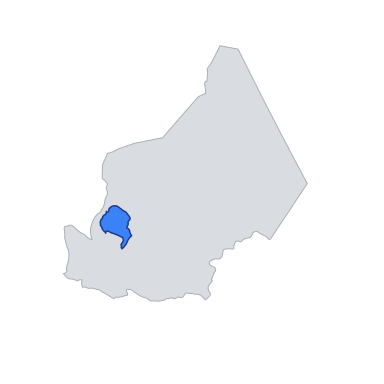 Baguirmi, Chari-Baguirmi, Chad shown in context, rotated 36°
{"feature_id": "50815135B83477967363059", "entity_name": "Baguirmi", "entity_type": "district", "adm_level": 2, "iso_a3": "TCD", "parent_name": "Chad", "parent_adm1": "Chari-Baguirmi", "projection": "orthographic", "projection_center": [16.269, 11.464], "detail": "fine", "context": "in_parent", "style": "filled", "palette": "blue", "viewbox_px": 384, "rotation_deg": 36, "n_neighbors": 0, "source": "geoboundaries", "source_scale": "gbopen_adm2", "svg_char_len": 4946}
<svg xmlns="http://www.w3.org/2000/svg" viewBox="0 0 384 384"><g transform="rotate(36 192 192)"><path d="M280.3,117.4L280.6,125.4L281.0,133.3L281.3,141.3L281.7,149.2L282.0,157.2L282.3,165.2L282.6,173.2L283.0,181.1L283.1,183.8L282.9,184.8L282.8,185.0L282.5,185.2L278.4,184.5L276.6,184.6L274.1,185.2L270.4,185.6L268.0,185.6L266.4,187.0L265.2,188.7L265.9,192.6L265.8,193.9L265.4,195.3L264.3,196.5L263.2,197.5L262.5,198.3L261.8,200.1L261.2,201.0L261.2,202.1L261.1,203.3L260.4,203.9L258.7,204.4L257.6,205.0L256.7,205.9L256.2,206.5L256.5,207.3L257.0,208.4L257.3,210.2L257.5,211.3L258.3,212.1L258.9,212.7L259.1,213.4L258.6,214.0L256.5,215.4L255.7,215.9L254.7,216.6L254.4,216.8L252.9,218.1L252.1,219.2L251.7,220.1L251.8,221.3L252.6,223.2L253.5,224.7L253.9,225.9L254.1,227.2L254.1,228.5L253.6,229.6L252.9,230.6L250.0,232.4L248.6,234.5L247.5,237.0L247.3,238.3L247.6,239.2L248.2,239.9L249.1,240.3L250.4,240.4L252.5,239.9L254.4,239.6L256.5,240.4L257.6,242.5L257.3,244.0L258.1,246.7L258.9,249.9L258.8,251.0L259.2,251.5L260.5,251.6L260.8,252.4L260.5,258.2L261.1,259.8L262.0,260.9L263.0,261.5L264.0,262.2L264.6,262.7L265.7,262.8L267.0,263.9L267.4,265.2L267.3,266.6L266.7,269.5L266.1,271.5L265.3,271.4L263.8,271.0L261.9,270.6L259.6,270.3L257.5,271.1L255.2,272.2L254.4,273.0L253.8,273.5L252.7,273.4L251.8,273.6L251.3,274.3L250.4,275.1L247.1,276.9L246.4,277.5L246.0,278.1L246.0,278.8L246.3,280.2L246.4,281.9L245.6,283.3L244.8,284.2L243.8,284.6L242.9,284.8L242.4,285.4L240.7,288.5L239.9,289.1L238.3,289.1L233.9,293.8L233.5,295.2L231.9,297.2L229.8,299.4L228.0,300.5L227.8,300.9L227.3,301.3L226.2,301.8L222.2,304.5L217.5,304.5L215.4,305.6L213.3,306.1L210.3,306.6L209.4,306.6L205.6,306.8L201.1,306.8L199.3,307.2L197.7,308.2L196.5,309.1L196.4,309.4L196.5,309.8L196.5,310.1L199.7,312.2L200.5,313.3L199.7,314.3L199.3,314.5L198.7,315.3L196.9,317.8L194.1,320.7L192.7,321.6L192.1,322.1L191.4,324.0L190.9,324.3L188.9,324.6L185.1,324.8L179.8,325.5L176.6,325.7L174.6,325.5L171.8,326.9L170.8,327.2L170.2,327.3L167.4,328.6L165.2,330.6L164.3,331.0L161.1,331.8L159.8,333.2L159.2,333.3L157.1,331.5L155.7,329.9L155.0,328.2L155.0,327.7L154.6,327.8L153.4,328.5L152.4,329.4L152.0,331.0L148.6,332.0L145.8,333.0L144.5,334.1L142.5,334.7L139.9,334.5L137.9,334.0L136.0,333.8L136.9,332.4L137.3,331.3L137.4,330.0L137.2,329.1L136.1,328.6L135.3,327.9L133.7,323.8L132.0,319.5L129.5,315.2L126.9,312.5L125.0,310.9L124.4,310.7L123.4,310.2L122.8,309.7L119.3,306.8L115.7,303.6L114.8,302.1L113.0,299.9L111.0,297.6L109.9,296.6L109.4,294.8L110.9,293.1L112.3,291.0L114.2,289.6L116.6,289.5L120.5,290.1L124.7,290.4L128.8,289.9L129.9,289.6L131.0,289.7L133.2,290.2L137.1,290.1L139.2,289.2L137.0,287.8L134.7,285.5L132.5,282.9L131.2,280.6L130.0,277.7L128.8,274.0L128.2,269.3L128.3,266.6L128.7,264.7L129.8,261.6L129.1,259.8L129.2,258.3L129.1,256.2L128.8,255.1L127.3,251.4L127.0,251.0L125.7,248.5L125.1,244.4L123.6,241.6L121.2,240.2L119.8,238.6L119.3,235.7L118.4,235.0L114.6,234.0L111.4,233.9L109.2,230.7L106.3,226.5L103.6,222.6L101.9,214.9L100.9,210.4L102.1,209.1L104.4,206.0L107.3,200.0L113.8,190.7L117.2,186.0L123.8,178.9L131.8,170.2L136.4,165.4L137.1,156.4L137.9,147.0L138.5,139.8L139.3,131.4L139.9,124.3L140.4,119.2L141.0,111.9L141.5,110.5L144.6,104.8L144.9,104.1L144.3,103.1L139.9,98.3L138.6,97.2L137.8,94.7L138.9,93.3L133.7,85.2L132.4,84.2L131.9,83.2L131.8,81.7L131.8,76.1L130.4,67.4L128.7,57.2L134.8,54.3L139.4,52.1L145.3,49.3L150.8,52.2L158.7,56.3L166.7,60.5L174.6,64.6L182.7,68.7L190.7,72.9L198.7,77.0L206.8,81.1L214.9,85.1L223.0,89.2L231.1,93.3L239.3,97.3L247.5,101.4L255.6,105.4L263.8,109.4L272.1,113.4L280.3,117.4Z" fill="#d9dde1" stroke="#a8b0b8" stroke-width="1"/><path d="M168.8,262.9L167.1,262.1L165.9,261.5L165.4,261.2L164.5,260.1L163.2,259.4L161.2,259.1L160.4,259.3L159.8,258.4L159.6,256.6L159.3,255.7L159.2,255.2L158.4,254.7L157.8,253.5L157.8,252.7L158.0,251.0L157.5,249.9L157.0,249.3L154.0,248.1L153.2,248.0L150.6,247.1L146.3,247.6L144.9,247.4L144.4,247.4L143.7,247.4L142.4,247.4L142.2,247.4L139.8,247.4L139.3,247.6L138.8,247.9L137.8,248.4L137.7,248.5L136.6,249.4L135.8,250.3L135.3,251.3L135.1,252.3L134.8,253.3L134.8,254.5L135.5,255.7L135.9,256.8L135.6,257.7L135.1,258.3L134.3,258.2L134.9,259.4L135.2,260.6L134.4,262.6L134.2,264.2L134.5,264.8L134.9,265.9L135.1,266.3L134.5,267.1L134.7,267.6L134.9,268.1L135.1,269.3L135.4,270.3L136.0,271.0L136.6,271.3L137.1,271.9L137.1,272.0L137.2,272.5L138.5,273.2L139.1,273.2L139.5,273.5L139.9,273.8L140.0,273.8L140.8,274.5L142.5,275.1L143.0,275.2L143.6,275.4L144.1,275.4L145.2,275.4L146.1,275.9L146.0,274.4L146.4,273.3L147.0,273.0L149.0,272.7L151.4,272.3L153.4,271.5L155.3,271.1L156.4,270.8L157.8,270.4L160.4,270.1L162.8,269.6L163.5,270.2L164.7,271.2L165.1,271.8L165.5,274.3L165.3,275.4L165.6,276.4L166.5,277.1L167.2,277.6L167.4,278.6L168.0,278.7L168.7,279.0L169.2,277.3L169.3,275.1L169.3,272.5L169.0,270.9L168.7,270.0L168.3,267.2L168.3,266.8L168.4,266.1L168.4,265.9L168.4,265.7L168.8,262.9Z" fill="#3b82f6" stroke="#1e3a8a" stroke-width="1.5"/></g></svg>